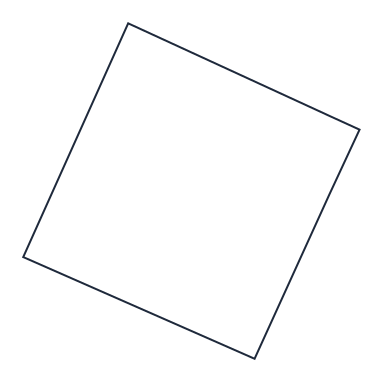 outline of Young, Texas, United States of America, rotated 294°
{"feature_id": "52423323B23202152143639", "entity_name": "Young", "entity_type": "district", "adm_level": 2, "iso_a3": "USA", "parent_name": "United States of America", "parent_adm1": "Texas", "projection": "robinson", "projection_center": [-98.597, 33.175], "detail": "fine", "context": "isolated", "style": "outline", "palette": "slate", "viewbox_px": 384, "rotation_deg": 294, "n_neighbors": 0, "source": "geoboundaries", "source_scale": "gbopen_adm2", "svg_char_len": 246}
<svg xmlns="http://www.w3.org/2000/svg" viewBox="0 0 384 384"><g transform="rotate(294 192 192)"><path d="M317.4,287.8L320.1,65.1L63.9,64.3L65.1,317.0L245.7,318.5L317.1,319.7L317.4,287.8Z" fill="none" stroke="#1e293b" stroke-width="2"/></g></svg>